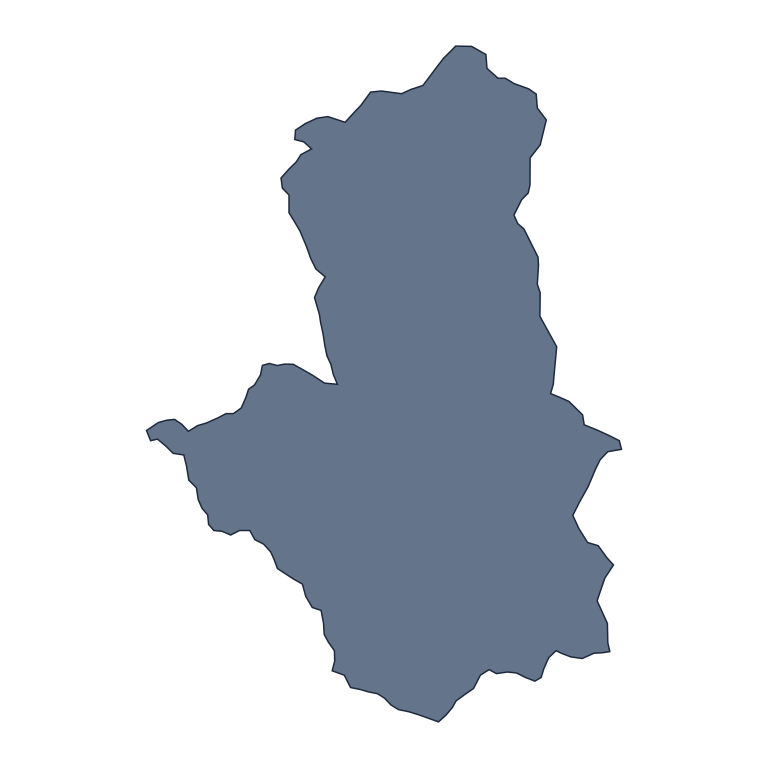 Santo Antônio da Alegria, São Paulo, Brazil (Mercator projection)
{"feature_id": "56859067B48567848315683", "entity_name": "Santo Antônio da Alegria", "entity_type": "district", "adm_level": 2, "iso_a3": "BRA", "parent_name": "Brazil", "parent_adm1": "São Paulo", "projection": "mercator", "projection_center": [-47.205, -21.083], "detail": "fine", "context": "isolated", "style": "filled", "palette": "slate", "viewbox_px": 768, "rotation_deg": 0, "n_neighbors": 0, "source": "geoboundaries", "source_scale": "gbopen_adm2", "svg_char_len": 2336}
<svg xmlns="http://www.w3.org/2000/svg" viewBox="0 0 768 768"><path d="M538.0,257.1L523.9,228.9L517.8,223.7L513.9,215.1L521.7,199.6L528.2,193.0L530.0,184.8L530.1,157.9L540.2,144.9L546.3,119.9L537.3,108.0L536.2,94.1L528.8,88.9L514.1,83.6L505.2,78.2L498.0,78.2L487.0,68.4L485.9,54.5L471.6,46.4L455.7,46.1L443.5,58.3L437.3,66.4L422.9,85.5L411.0,89.4L401.6,93.7L381.3,91.0L370.6,92.1L360.7,105.6L354.7,111.8L345.1,122.3L337.9,119.9L327.9,116.6L316.9,118.2L305.3,123.6L295.5,130.1L294.8,139.5L303.8,141.9L311.6,148.9L300.9,154.6L296.3,161.9L289.4,168.6L281.0,178.0L282.4,188.2L289.0,195.0L289.0,212.7L295.1,222.7L300.1,231.3L306.5,246.6L310.8,258.7L316.0,269.1L325.2,276.9L318.8,287.4L314.5,297.6L319.4,314.3L320.6,322.5L323.0,333.5L324.8,345.3L326.9,355.7L331.0,364.6L333.3,374.5L337.4,384.3L324.5,383.1L312.0,374.9L293.3,364.3L284.5,364.1L277.2,365.5L269.2,363.5L262.4,365.4L260.5,374.9L254.4,385.1L248.6,389.1L245.9,397.4L241.3,407.9L233.4,413.6L226.1,413.6L217.4,418.1L206.4,423.0L197.6,425.6L188.4,431.3L181.8,424.3L174.6,419.4L166.7,420.2L158.2,422.6L146.5,430.5L150.6,440.7L157.5,439.1L166.2,446.4L173.1,453.3L183.8,455.0L186.5,466.0L188.8,480.2L196.4,487.7L198.2,499.5L202.1,508.4L207.7,514.9L208.6,524.5L213.9,530.5L222.0,531.3L230.7,535.0L239.5,530.5L249.8,530.5L254.8,539.6L263.6,544.1L270.7,551.9L274.1,559.5L277.5,568.6L285.6,573.9L293.6,579.1L302.4,584.1L305.8,596.5L312.3,607.5L321.1,610.4L323.5,623.0L324.2,634.4L328.4,642.2L334.4,650.7L334.7,661.0L332.2,670.8L344.3,675.2L350.5,687.5L361.2,689.7L368.0,691.8L377.5,693.7L384.7,698.3L390.9,704.9L398.5,709.6L408.7,711.7L419.0,714.9L438.5,721.9L446.0,715.1L452.3,707.6L456.0,701.0L464.5,694.7L473.5,688.5L480.4,675.2L489.1,669.6L496.4,673.6L507.5,672.0L516.6,673.0L525.5,677.5L534.9,681.1L541.1,677.5L543.8,668.8L548.7,657.7L556.0,650.7L562.4,653.7L570.8,656.9L582.3,658.5L594.0,653.2L602.0,652.8L609.8,651.6L607.8,642.6L607.4,623.4L597.1,600.8L601.3,588.5L604.9,578.0L609.0,571.8L613.5,565.0L606.7,557.5L598.2,545.7L587.6,542.5L578.9,528.6L572.8,515.4L579.6,501.9L588.1,486.7L595.7,468.7L600.3,459.5L607.8,451.7L621.5,449.3L619.3,440.7L609.6,435.8L597.9,430.4L584.2,424.8L582.6,414.9L568.9,401.4L559.4,397.2L550.6,393.6L553.3,384.2L554.1,374.5L556.7,346.8L539.9,316.3L540.2,292.8L537.3,284.2L538.5,265.2L538.0,257.1Z" fill="#64748b" stroke="#1e293b" stroke-width="1.5"/></svg>